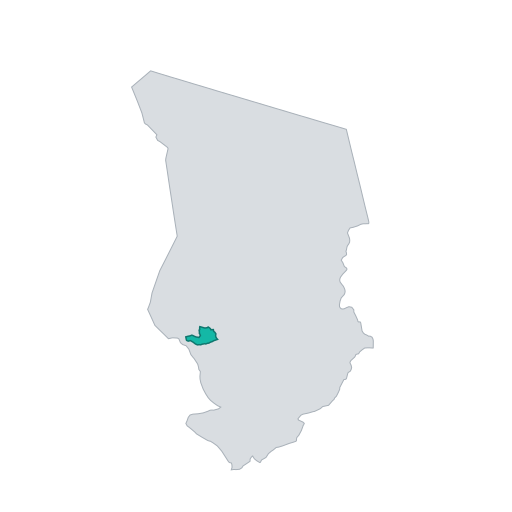 Dagana, Hadjer-Lamis, Chad shown in context, rotated 347°
{"feature_id": "50815135B82618270305421", "entity_name": "Dagana", "entity_type": "district", "adm_level": 2, "iso_a3": "TCD", "parent_name": "Chad", "parent_adm1": "Hadjer-Lamis", "projection": "robinson", "projection_center": [15.574, 12.905], "detail": "fine", "context": "in_parent", "style": "filled", "palette": "teal", "viewbox_px": 512, "rotation_deg": 347, "n_neighbors": 0, "source": "geoboundaries", "source_scale": "gbopen_adm2", "svg_char_len": 4430}
<svg xmlns="http://www.w3.org/2000/svg" viewBox="0 0 512 512"><g transform="rotate(347 256 256)"><path d="M372.5,152.9L372.6,164.3L372.7,175.6L372.9,187.0L373.0,198.4L373.2,209.8L373.3,221.2L373.4,232.6L373.6,244.0L373.6,247.8L373.4,249.3L373.2,249.5L372.8,249.8L367.5,248.7L365.2,248.7L361.9,249.5L357.1,249.9L354.0,249.8L351.9,251.8L350.3,254.1L351.1,259.8L350.9,261.7L350.3,263.6L348.9,265.3L347.4,266.6L346.6,267.8L345.5,270.4L344.7,271.6L344.8,273.2L344.6,274.9L343.7,275.7L341.5,276.4L340.0,277.1L338.9,278.4L338.1,279.2L338.5,280.4L339.1,282.0L339.5,284.6L339.7,286.1L340.8,287.3L341.5,288.1L341.7,289.2L341.1,290.1L338.4,291.9L337.3,292.6L336.0,293.5L335.6,293.9L333.6,295.6L332.6,297.1L332.1,298.4L332.1,300.2L333.2,302.9L334.3,305.1L334.7,306.8L335.0,308.7L334.9,310.4L334.3,312.0L333.3,313.4L329.6,316.0L327.8,318.8L326.3,322.3L326.0,324.2L326.4,325.5L327.2,326.6L328.3,327.1L329.9,327.3L332.6,326.7L335.1,326.3L337.8,327.5L339.2,330.5L338.7,332.6L339.7,336.5L340.6,341.1L340.6,342.7L341.0,343.3L342.6,343.6L343.0,344.7L342.5,352.9L343.3,355.2L344.5,356.8L345.7,357.6L347.0,358.7L347.7,359.5L349.1,359.7L350.8,361.2L351.3,363.2L351.2,365.1L350.2,369.2L349.5,372.0L348.5,371.8L346.6,371.2L344.2,370.6L341.2,370.1L338.5,371.2L335.5,372.7L334.5,373.8L333.7,374.4L332.4,374.3L331.1,374.5L330.5,375.5L329.4,376.7L325.1,379.1L324.2,380.0L323.6,380.8L323.6,381.8L324.1,383.7L324.1,386.2L323.1,388.1L322.0,389.4L320.7,389.9L319.7,390.2L319.0,391.0L316.7,395.5L315.8,396.3L313.8,396.2L308.1,402.9L307.5,404.8L305.4,407.6L302.8,410.7L300.4,412.2L300.2,412.8L299.6,413.4L298.2,414.1L293.1,417.8L287.1,417.7L284.4,419.2L281.8,419.8L278.0,420.6L276.8,420.5L271.9,420.8L266.2,420.7L264.0,421.2L262.0,422.7L260.4,423.9L260.2,424.3L260.5,424.9L260.4,425.3L264.4,428.4L265.4,429.9L264.4,431.3L263.9,431.6L263.2,432.8L260.9,436.3L257.3,440.4L255.5,441.6L254.7,442.4L253.8,445.1L253.2,445.5L250.7,445.8L245.9,446.1L239.2,447.0L235.1,447.3L232.6,447.1L229.1,448.9L227.8,449.4L227.1,449.6L223.6,451.4L220.7,454.3L219.6,454.8L215.5,456.0L213.9,458.0L213.2,458.1L210.5,455.5L208.8,453.2L207.9,450.8L207.8,450.1L207.3,450.2L205.8,451.3L204.6,452.5L204.0,454.7L199.8,456.3L196.2,457.6L194.6,459.2L192.0,460.1L188.8,459.7L186.3,459.0L183.8,458.8L185.0,456.8L185.4,455.2L185.6,453.3L185.4,452.1L183.9,451.4L183.0,450.4L180.9,444.5L178.7,438.4L175.6,432.4L172.3,428.6L169.9,426.2L169.1,425.9L167.9,425.2L167.0,424.5L162.6,420.4L158.0,415.9L156.8,413.8L154.5,410.7L152.0,407.5L150.7,406.0L150.0,403.4L151.8,401.0L153.7,398.0L156.0,396.1L159.0,395.9L164.0,396.7L169.3,397.0L174.6,396.4L176.0,396.0L177.4,396.0L180.2,396.7L185.2,396.5L187.7,395.3L185.0,393.3L182.0,390.0L179.2,386.4L177.5,383.2L176.0,379.0L174.6,373.8L173.7,367.1L173.8,363.3L174.3,360.6L175.8,356.1L174.8,353.6L175.0,351.5L174.9,348.4L174.4,346.8L172.5,341.7L172.1,341.1L170.4,337.5L169.6,331.6L167.7,327.7L164.6,325.8L162.9,323.5L162.2,319.4L161.0,318.3L156.2,316.9L152.1,316.9L149.2,312.3L145.4,306.4L141.9,300.9L139.7,289.9L138.4,283.6L139.8,281.7L142.7,277.2L146.4,268.6L154.7,255.4L159.0,248.6L167.5,238.5L177.9,226.0L183.7,219.0L184.6,206.2L185.6,192.7L186.4,182.5L187.3,170.4L188.1,160.3L188.7,152.9L189.5,142.4L190.2,140.4L194.2,132.2L194.5,131.1L193.8,129.8L188.0,122.8L186.2,121.3L185.2,117.6L186.7,115.6L179.7,103.9L178.0,102.5L177.2,101.1L177.2,99.0L177.0,90.9L175.2,78.2L172.8,63.4L180.9,59.2L187.1,56.0L195.0,51.9L202.2,56.1L212.8,62.2L223.4,68.2L234.0,74.3L244.6,80.3L255.2,86.4L265.8,92.4L276.4,98.4L287.1,104.5L297.7,110.5L308.4,116.6L319.0,122.6L329.7,128.7L340.4,134.7L351.1,140.8L361.8,146.8L372.5,152.9Z" fill="#d9dde1" stroke="#a8b0b8" stroke-width="1"/><path d="M193.4,314.4L192.4,314.9L190.0,314.7L185.8,312.4L185.4,312.2L185.2,312.6L184.9,313.4L184.6,315.1L184.0,315.3L183.8,316.0L183.9,316.7L183.7,317.2L183.6,318.1L183.4,318.7L183.8,319.8L183.9,321.1L182.9,321.8L182.4,322.5L182.0,322.6L181.2,322.1L179.7,321.6L178.2,320.6L177.2,319.8L176.9,319.5L175.7,318.7L173.5,319.0L171.6,318.9L169.4,319.0L169.3,321.9L169.4,322.6L170.8,323.7L173.1,323.7L175.4,325.9L177.2,328.1L178.9,329.4L180.7,329.6L182.2,330.1L183.7,329.8L185.0,329.9L186.3,329.9L187.3,330.4L189.1,330.1L190.5,330.3L191.5,329.9L192.5,329.7L194.5,329.5L195.7,329.0L197.0,328.9L198.7,328.7L199.8,328.6L199.1,327.3L198.7,326.1L198.7,324.7L199.4,322.8L198.7,321.0L197.8,319.9L197.9,318.1L195.4,317.7L195.3,316.8L194.7,315.8L193.4,314.4Z" fill="#14b8a6" stroke="#0f766e" stroke-width="1.5"/></g></svg>